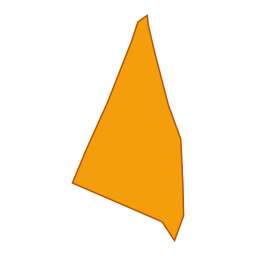 Laborie, Robinson projection
{"feature_id": "LCA-5082", "entity_name": "Laborie", "entity_type": "Quarter", "adm_level": 1, "iso_a3": "LCA", "parent_name": "Saint Lucia", "parent_adm1": "", "projection": "robinson", "projection_center": [-60.981, 13.781], "detail": "fine", "context": "isolated", "style": "filled", "palette": "amber", "viewbox_px": 256, "rotation_deg": 0, "n_neighbors": 0, "source": "natural_earth", "source_scale": "10m", "svg_char_len": 305}
<svg xmlns="http://www.w3.org/2000/svg" viewBox="0 0 256 256"><path d="M174.5,240.6L162.1,221.8L72.4,183.0L86.0,150.2L107.4,102.7L131.7,41.0L137.9,22.0L147.2,15.4L148.3,25.2L155.2,54.5L168.4,105.1L180.8,139.1L182.9,185.0L183.6,215.8L174.5,240.6Z" fill="#f59e0b" stroke="#b45309" stroke-width="1.5"/></svg>